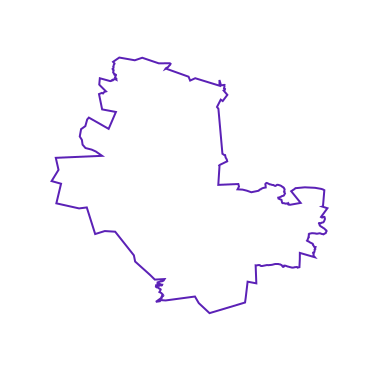 the district of Nazas, Durango, Mexico, rotated 108°
{"feature_id": "50627088B88320866521815", "entity_name": "Nazas", "entity_type": "district", "adm_level": 2, "iso_a3": "MEX", "parent_name": "Mexico", "parent_adm1": "Durango", "projection": "robinson", "projection_center": [-104.102, 25.271], "detail": "fine", "context": "isolated", "style": "outline", "palette": "violet", "viewbox_px": 384, "rotation_deg": 108, "n_neighbors": 0, "source": "geoboundaries", "source_scale": "gbopen_adm2", "svg_char_len": 5660}
<svg xmlns="http://www.w3.org/2000/svg" viewBox="0 0 384 384"><g transform="rotate(108 192 192)"><path d="M307.6,192.4L305.8,188.8L304.5,188.4L303.3,183.6L290.5,156.9L295.6,151.2L301.8,137.9L280.7,107.4L276.2,108.2L260.1,111.4L259.0,102.6L242.1,108.8L242.0,108.2L240.9,106.1L240.7,105.4L240.6,104.9L240.8,104.6L241.0,104.1L241.0,103.3L240.7,102.4L238.4,98.3L238.2,97.7L237.9,96.4L237.6,96.0L237.5,95.5L237.2,94.9L236.7,93.8L236.1,92.7L235.8,92.3L234.8,90.7L233.8,87.6L233.8,86.5L233.6,85.9L233.8,84.7L233.8,84.2L234.3,83.7L234.5,83.1L235.0,82.6L235.1,82.3L235.0,82.0L234.4,81.5L234.1,81.7L233.8,81.7L233.6,81.7L233.4,81.3L233.2,80.1L233.3,78.3L233.3,77.7L233.2,77.3L233.2,76.5L233.0,73.4L232.5,72.3L232.4,71.9L231.6,70.8L231.3,69.8L230.9,69.1L230.9,68.8L231.0,68.6L231.3,68.2L230.3,66.6L222.6,68.7L216.6,70.6L216.1,55.0L214.9,56.9L214.5,57.0L213.3,57.1L212.6,57.8L212.5,58.1L212.3,58.1L212.1,58.0L211.9,57.7L211.8,57.2L211.5,57.1L210.0,57.2L209.5,57.3L209.2,57.5L208.9,57.6L208.7,57.4L208.2,57.5L208.0,57.2L207.8,57.3L207.8,57.6L207.4,57.7L207.1,57.6L206.7,57.7L206.4,57.5L206.2,57.5L206.4,58.3L206.4,58.9L205.7,59.6L205.2,60.0L205.0,60.6L204.8,60.7L204.3,60.8L203.9,61.3L203.5,64.2L203.4,64.5L203.2,65.3L203.0,65.6L203.0,67.0L202.8,67.5L202.2,67.2L201.6,67.4L200.9,67.3L200.5,67.2L199.7,67.3L199.1,66.9L198.9,66.9L198.3,67.4L197.7,67.3L197.1,67.6L196.6,67.6L196.2,67.8L195.9,67.9L195.4,67.6L195.3,67.2L194.6,66.1L194.1,65.2L193.4,62.5L193.2,61.3L193.3,61.1L193.0,60.1L191.9,58.1L191.8,57.9L191.8,57.6L191.7,57.3L191.8,55.6L191.7,54.7L191.5,54.3L191.6,53.8L190.1,52.6L189.9,52.2L189.7,52.1L188.4,52.1L187.9,51.9L187.4,52.0L187.0,52.4L186.9,52.7L186.7,53.4L186.5,53.8L186.1,54.4L185.8,55.1L185.6,56.3L185.2,57.2L185.2,57.8L184.6,59.7L184.0,60.4L183.9,60.4L183.8,60.5L183.4,60.6L183.3,60.8L183.2,60.8L182.6,61.6L182.4,61.6L182.2,61.5L182.1,61.1L181.9,60.0L181.7,59.6L181.2,59.3L180.9,58.9L180.7,58.4L180.4,57.9L179.4,57.4L176.9,57.2L176.0,57.5L175.7,57.8L175.0,58.1L174.8,58.3L174.8,58.8L176.0,60.2L176.1,60.4L176.1,60.7L175.9,61.6L165.6,58.2L165.6,63.6L165.2,63.0L149.4,66.7L149.1,68.4L149.1,70.0L150.0,76.3L152.7,86.2L156.4,94.8L157.6,95.5L160.6,97.9L168.8,85.3L173.7,94.5L173.9,94.9L174.0,95.9L174.2,96.4L174.1,96.6L173.8,96.4L173.5,96.7L173.1,96.7L172.9,97.0L173.4,97.2L173.4,97.8L173.5,98.1L174.1,99.1L174.1,99.3L174.2,100.1L174.2,101.0L174.6,102.5L174.3,103.0L171.8,104.5L171.7,106.6L171.5,107.7L171.4,107.7L170.7,108.2L170.0,107.0L169.3,106.4L168.8,105.7L168.3,105.4L168.0,105.0L167.7,104.4L167.4,104.1L167.0,103.6L165.8,103.3L164.6,103.1L164.2,103.5L164.1,103.8L163.4,104.5L162.8,104.2L161.9,104.7L161.3,104.8L161.0,104.7L160.3,105.2L160.0,105.7L159.7,105.9L159.6,106.4L159.3,106.6L159.1,108.0L158.8,108.5L158.7,108.7L158.5,110.4L158.6,111.0L158.5,111.7L158.7,112.7L158.8,113.2L159.2,113.6L159.7,113.9L160.1,114.3L160.4,114.5L160.5,114.9L160.5,115.5L160.2,116.7L160.5,117.9L160.5,118.8L160.5,119.8L160.7,120.3L160.3,123.0L160.3,123.8L160.5,124.1L161.7,124.7L162.1,124.6L163.1,124.0L164.9,123.3L166.2,125.6L167.5,127.1L168.3,127.5L168.8,128.3L169.6,128.8L170.2,129.0L173.9,135.5L173.8,140.3L174.1,144.6L175.4,149.5L172.3,149.0L170.1,150.4L177.1,169.2L159.1,173.8L158.4,174.4L157.3,173.6L151.9,168.0L150.3,169.0L148.8,170.7L146.7,171.9L146.9,172.6L146.2,174.9L104.7,192.6L103.4,194.5L95.3,193.2L96.0,190.9L88.7,188.4L85.7,193.3L83.9,191.8L84.0,192.0L83.8,192.3L83.7,193.0L83.7,193.4L83.6,193.6L81.8,193.7L81.5,193.8L81.1,194.1L80.1,194.2L80.1,194.3L80.8,195.7L81.7,197.3L77.0,200.5L81.7,198.9L82.4,198.5L82.8,224.1L86.6,228.2L83.4,230.9L82.7,254.9L83.1,255.3L82.7,255.2L82.2,254.9L81.8,254.6L81.4,254.1L80.6,253.4L79.3,252.9L77.7,252.1L76.7,252.0L76.4,252.9L79.9,263.3L79.7,280.8L84.4,287.1L86.6,302.7L92.6,307.3L93.1,306.5L93.3,306.2L93.7,305.4L93.9,305.3L94.3,305.4L95.3,305.7L96.3,305.5L96.9,305.7L97.4,305.2L97.8,305.1L98.4,305.1L99.4,305.6L100.0,305.2L100.2,304.8L100.0,304.5L100.6,304.1L100.9,304.2L101.1,304.1L101.3,304.2L101.7,304.1L102.3,303.9L102.7,303.9L103.0,303.4L103.2,303.2L103.6,302.3L104.2,302.3L104.4,302.1L104.5,301.7L104.3,301.4L104.0,301.4L103.9,301.1L104.0,300.9L104.1,300.5L104.7,300.4L105.4,300.6L106.3,300.5L106.8,300.6L107.0,300.1L107.3,300.1L107.5,299.9L107.4,299.6L107.6,299.0L107.9,299.0L108.6,298.6L108.4,299.7L108.6,300.1L108.5,300.3L108.6,300.6L109.7,302.1L109.9,302.1L110.1,301.7L110.3,301.8L110.9,302.8L111.0,302.9L110.9,303.1L111.5,303.4L111.6,303.7L111.8,304.0L112.3,314.8L118.5,313.4L119.2,312.2L122.9,304.9L123.5,305.8L124.1,306.4L125.8,307.1L125.6,308.3L127.6,310.7L141.2,303.0L139.4,289.1L157.7,290.8L153.1,313.1L155.4,314.1L162.3,313.8L166.5,316.9L173.9,315.9L176.5,312.8L180.8,310.7L183.1,306.9L182.7,300.5L183.2,296.0L185.4,288.7L201.6,332.1L212.2,325.8L225.0,328.9L224.6,319.1L244.7,317.5L242.5,294.3L239.2,287.3L261.9,271.1L256.1,262.9L253.5,252.8L270.2,227.7L275.7,224.6L283.9,206.1L286.8,200.3L283.3,191.2L284.9,191.6L285.9,192.5L286.5,193.6L286.6,194.1L287.0,194.5L288.6,196.8L290.0,196.5L289.8,195.0L289.5,194.6L289.4,194.2L289.6,192.6L289.4,191.7L289.9,191.7L290.3,192.0L290.4,192.5L290.3,193.1L290.4,193.4L290.8,193.7L291.2,194.0L291.4,194.7L291.7,196.0L291.9,197.3L293.2,197.1L293.4,196.7L293.6,196.1L293.4,195.3L293.4,194.9L293.5,194.8L293.7,193.9L293.9,193.7L294.0,192.7L294.2,192.4L294.2,191.9L294.3,191.7L295.6,191.7L297.2,192.1L297.6,189.9L298.1,189.0L298.3,188.5L298.6,188.1L298.8,188.5L299.0,188.5L299.1,188.3L299.6,188.2L299.8,188.0L299.9,188.3L300.0,188.3L300.3,188.4L300.5,188.3L300.8,188.2L301.0,188.4L301.3,188.4L301.2,188.2L301.4,188.3L301.5,188.4L301.7,188.1L301.9,188.1L302.0,188.1L301.9,188.4L302.0,188.5L302.3,188.5L307.6,192.4Z" fill="none" stroke="#5b21b6" stroke-width="2"/></g></svg>